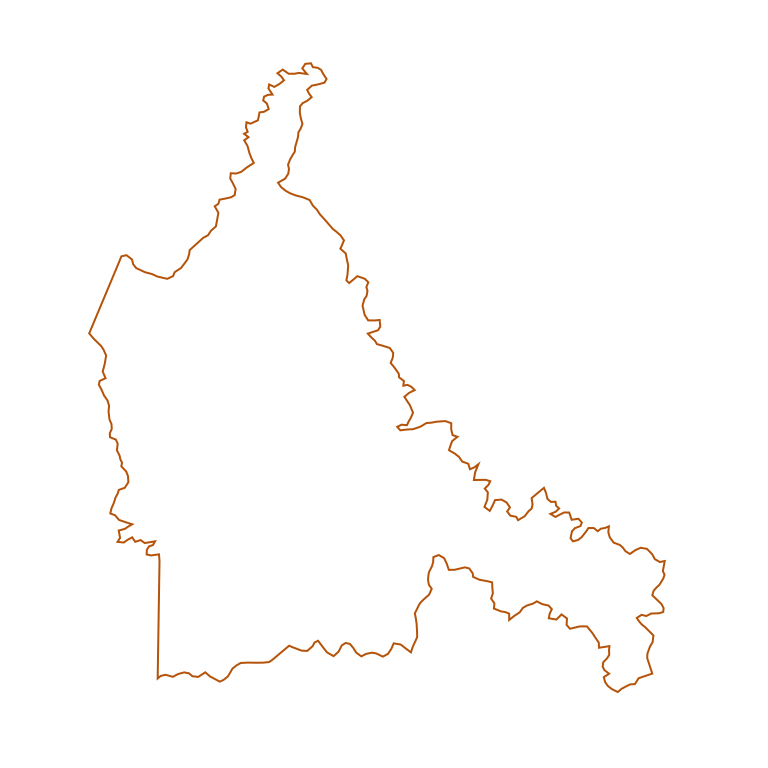 outline of Turvo, Paraná, Brazil, rotated 95°
{"feature_id": "56859067B5145153824108", "entity_name": "Turvo", "entity_type": "district", "adm_level": 2, "iso_a3": "BRA", "parent_name": "Brazil", "parent_adm1": "Paraná", "projection": "orthographic", "projection_center": [-51.495, -24.966], "detail": "fine", "context": "isolated", "style": "outline", "palette": "amber", "viewbox_px": 768, "rotation_deg": 95, "n_neighbors": 0, "source": "geoboundaries", "source_scale": "gbopen_adm2", "svg_char_len": 5831}
<svg xmlns="http://www.w3.org/2000/svg" viewBox="0 0 768 768"><g transform="rotate(95 384 384)"><path d="M230.2,452.4L225.0,457.8L220.6,462.6L216.1,466.1L212.5,470.4L207.2,474.1L205.1,481.0L203.8,488.5L202.0,494.7L200.0,498.9L196.8,503.7L192.7,507.1L188.0,500.4L182.9,497.7L178.0,497.4L173.9,498.7L168.5,497.1L163.7,494.9L160.3,493.1L155.9,493.2L145.5,491.2L140.6,491.2L137.2,489.4L132.0,487.9L126.8,489.9L121.2,491.5L114.8,491.9L111.3,489.5L108.5,485.1L104.5,481.1L101.2,484.0L97.7,486.2L93.0,481.8L91.3,475.8L89.0,469.6L85.1,467.8L80.7,471.4L76.6,474.0L74.8,477.6L74.5,482.5L70.9,484.7L71.9,490.3L76.7,492.9L81.9,487.8L81.5,496.0L82.7,500.0L83.2,506.1L79.6,512.3L83.7,517.2L86.6,513.2L90.2,510.1L94.2,514.3L97.6,519.2L95.6,524.5L99.6,524.9L105.4,520.3L106.0,524.5L108.1,528.5L112.0,529.1L114.8,525.1L120.2,522.8L123.3,527.3L124.3,531.7L128.4,532.1L132.3,532.6L136.3,539.7L135.3,543.8L140.2,543.9L144.7,541.8L147.0,545.2L149.9,540.5L153.4,544.5L158.8,540.7L165.4,538.3L170.2,536.0L175.1,533.0L180.1,539.4L185.0,544.6L187.2,549.5L187.4,555.0L192.7,555.1L197.0,552.2L202.6,548.8L208.8,549.2L211.2,552.4L212.9,557.5L214.7,563.9L218.9,564.7L221.7,568.1L227.9,563.9L236.5,564.7L241.7,565.2L246.5,569.8L251.2,572.3L254.0,576.7L267.6,589.3L271.5,589.4L276.9,590.6L281.7,593.5L286.1,596.3L290.9,602.3L294.9,603.5L298.1,609.1L296.7,619.1L294.7,624.7L293.5,631.7L290.1,641.0L286.5,644.3L281.9,645.9L278.1,651.8L279.7,656.7L293.3,661.0L359.3,682.1L364.4,676.9L370.8,669.1L374.2,666.4L379.8,663.3L387.9,663.9L396.1,665.3L402.5,661.9L405.7,667.5L409.6,668.0L414.1,665.0L420.0,661.8L424.5,658.0L429.5,656.0L435.5,656.0L443.5,654.3L447.6,652.0L452.5,651.3L457.1,652.9L460.9,652.3L462.8,646.2L466.7,644.1L473.4,644.3L478.3,641.2L482.0,640.1L485.2,638.1L488.9,638.5L493.6,633.2L498.1,631.0L504.1,630.1L510.0,633.2L512.6,638.9L516.8,639.9L520.6,641.6L525.8,642.7L531.8,644.7L536.8,645.4L538.2,640.5L542.5,636.1L544.3,629.0L545.7,622.6L548.2,626.2L550.9,629.5L553.1,635.5L560.3,633.5L564.5,635.7L564.6,629.5L561.3,625.5L558.7,621.5L562.9,618.0L560.7,612.9L563.3,608.5L560.7,598.4L564.5,600.1L566.3,604.0L569.9,605.8L574.5,605.6L575.1,601.2L573.3,593.3L580.0,592.2L697.1,583.8L694.3,581.0L692.7,576.3L694.1,568.8L690.9,563.9L688.7,557.9L689.2,553.1L691.8,549.4L692.0,543.6L689.4,540.2L686.8,536.9L690.6,531.6L693.2,525.4L694.8,521.7L692.8,518.1L689.0,514.1L685.2,512.2L680.8,510.2L677.3,506.6L674.4,502.4L673.4,495.3L672.8,486.7L672.1,480.0L671.0,474.2L668.5,471.2L653.0,455.7L654.4,451.5L656.8,442.8L656.6,437.2L651.3,432.2L647.6,430.7L645.5,427.3L652.4,421.1L656.3,417.4L659.5,410.5L654.6,405.9L648.1,403.3L645.3,399.6L645.9,395.3L649.7,391.5L654.1,388.2L657.3,382.8L654.5,378.5L652.7,372.7L653.1,368.1L655.7,361.4L652.5,356.5L647.4,353.7L641.5,351.7L642.1,344.6L645.1,340.0L649.0,333.8L643.5,332.5L637.9,330.5L633.3,328.9L628.5,329.4L624.3,330.0L620.1,330.6L614.6,331.9L609.8,333.3L605.3,331.5L601.0,329.9L597.8,328.0L594.2,324.8L589.9,320.7L583.9,318.6L580.1,321.8L575.1,323.1L571.3,323.1L567.5,322.8L561.3,320.3L557.1,319.5L552.1,319.7L549.6,314.5L552.3,308.9L557.4,305.9L563.5,303.2L562.9,297.4L559.6,287.4L560.3,283.0L564.9,279.1L568.4,278.4L570.7,271.7L571.4,264.1L572.2,259.0L577.6,258.3L583.0,257.3L588.4,258.6L592.9,254.9L598.1,254.9L600.3,247.7L600.7,243.0L601.9,239.3L608.2,238.7L603.9,234.3L599.6,228.9L594.9,226.1L592.2,222.3L589.7,216.2L587.2,212.9L589.5,207.2L590.4,200.7L593.7,197.2L598.5,199.0L603.0,199.4L603.6,191.7L598.1,187.1L601.6,181.3L608.1,181.1L611.6,177.4L608.4,167.8L607.8,160.7L613.6,155.0L618.4,151.2L622.9,147.5L628.0,146.8L625.5,136.6L629.9,136.6L634.1,136.0L637.9,137.9L642.0,141.3L646.5,141.5L649.8,139.5L653.0,134.5L656.9,139.5L661.5,137.8L665.2,134.8L667.9,130.7L670.5,124.3L666.9,120.7L663.9,116.1L661.8,112.6L661.1,107.9L654.9,104.7L649.1,91.5L634.1,97.9L629.7,98.1L622.2,96.1L617.8,93.9L611.0,93.7L603.6,102.5L600.9,106.5L598.0,109.4L595.0,111.8L591.5,107.3L592.3,102.5L589.4,97.9L588.4,89.9L586.8,86.0L582.9,85.9L578.9,88.5L571.1,98.3L566.5,97.4L563.2,95.0L560.0,92.1L553.4,88.8L549.4,87.9L546.2,89.9L541.0,89.4L535.9,88.9L537.3,93.7L534.9,98.9L530.2,102.0L525.3,107.7L524.8,114.0L527.5,119.0L531.9,124.2L529.5,128.9L526.1,131.9L523.8,135.0L522.0,141.4L517.1,145.7L512.2,147.6L506.2,147.6L508.2,151.3L509.2,155.3L512.0,158.2L509.2,162.4L509.6,167.7L514.6,170.6L519.3,173.7L522.4,177.0L524.3,182.0L521.4,184.7L514.4,183.9L511.0,181.3L508.4,175.9L504.8,174.8L501.3,178.6L502.9,185.2L495.9,188.3L496.3,193.4L499.0,197.8L501.5,201.6L498.9,206.9L496.3,201.8L492.7,198.7L490.3,201.9L486.3,202.9L486.9,207.3L484.3,211.1L478.4,213.1L473.5,215.6L476.6,218.8L484.8,227.0L490.9,225.5L495.3,226.1L498.0,228.8L503.4,232.3L508.0,238.6L504.8,240.7L504.1,246.7L500.3,250.2L495.9,247.8L491.3,251.6L488.9,256.9L490.0,263.3L495.9,265.3L501.2,267.6L497.7,273.2L490.3,271.0L482.9,271.1L479.4,274.5L475.3,271.1L471.6,269.7L470.6,274.2L471.8,286.1L464.0,285.5L455.7,283.0L459.2,286.8L461.4,290.9L456.1,293.1L454.4,299.4L450.1,302.9L447.1,307.5L444.3,313.5L438.7,312.2L434.9,311.1L430.2,306.2L428.9,311.2L423.3,313.1L417.2,313.6L415.6,319.7L417.0,328.4L418.4,333.4L419.2,338.3L423.4,344.1L426.5,351.2L427.3,356.9L428.7,363.7L425.5,367.1L423.0,362.9L423.0,357.5L419.2,356.2L415.6,354.4L410.1,352.6L402.8,356.4L395.0,362.6L390.6,358.2L387.4,352.9L384.5,356.4L382.8,360.5L384.0,364.6L379.3,364.4L376.1,369.5L372.5,370.2L366.5,375.2L362.5,379.2L356.7,377.5L352.2,377.5L347.6,381.4L346.0,388.6L344.9,394.5L341.8,396.7L337.9,401.6L335.2,404.5L331.0,394.7L327.2,392.7L320.6,393.9L321.5,398.7L322.0,405.3L316.8,409.3L307.9,412.2L301.5,411.1L297.7,409.0L292.5,408.6L289.1,410.0L284.0,408.5L280.8,412.4L278.9,420.0L282.3,423.3L286.5,427.5L284.1,430.5L278.7,429.9L269.0,430.0L263.0,431.9L257.3,433.5L253.0,439.3L249.6,438.0L244.4,436.4L239.8,440.2L236.4,444.8L234.1,448.4L230.2,452.4Z" fill="none" stroke="#b45309" stroke-width="2"/></g></svg>